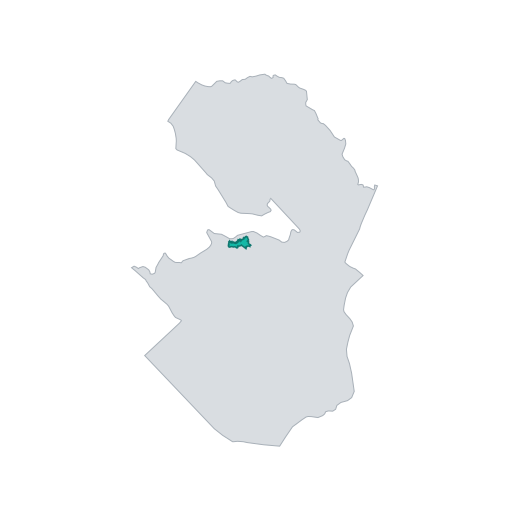 Chingola, Copperbelt, Zambia shown in context, rotated 317°
{"feature_id": "96606910B88567375078856", "entity_name": "Chingola", "entity_type": "district", "adm_level": 2, "iso_a3": "ZMB", "parent_name": "Zambia", "parent_adm1": "Copperbelt", "projection": "equal_earth", "projection_center": [27.798, -12.504], "detail": "fine", "context": "in_parent", "style": "filled", "palette": "teal", "viewbox_px": 512, "rotation_deg": 317, "n_neighbors": 0, "source": "geoboundaries", "source_scale": "gbopen_adm2", "svg_char_len": 7486}
<svg xmlns="http://www.w3.org/2000/svg" viewBox="0 0 512 512"><g transform="rotate(317 256 256)"><path d="M321.0,343.3L304.1,343.3L298.0,345.1L292.9,347.8L286.9,352.1L283.4,355.0L282.4,356.7L281.9,360.3L281.9,365.9L281.3,369.9L279.5,373.6L270.3,378.0L264.4,381.7L258.5,385.9L254.1,391.5L251.0,398.4L246.0,406.9L235.5,422.0L229.4,424.8L224.3,424.2L218.2,421.0L213.3,420.4L209.7,422.4L206.3,421.8L203.2,418.6L200.7,417.4L198.6,418.3L195.9,418.2L191.1,416.4L186.8,411.0L184.5,408.8L182.8,407.9L177.7,407.1L166.2,405.8L154.2,408.5L143.6,411.2L132.8,399.2L122.3,386.4L120.1,383.2L116.1,378.9L113.3,376.8L112.2,375.8L109.3,364.4L107.7,353.9L106.7,252.9L154.3,252.9L157.3,252.5L157.4,251.4L155.2,246.0L155.3,244.0L155.9,240.4L157.9,233.0L158.0,230.6L157.0,222.6L157.1,218.1L157.6,209.0L157.3,206.0L158.4,201.9L158.7,199.2L159.2,198.0L158.6,195.0L157.6,184.2L157.0,179.7L159.9,180.3L160.9,182.6L161.4,185.0L162.7,185.1L166.1,186.6L167.3,188.6L168.1,192.9L167.6,195.1L166.5,196.9L167.6,198.5L169.9,199.5L171.2,199.2L175.1,196.2L178.6,195.1L180.4,194.4L188.3,192.5L189.8,191.4L190.9,191.4L191.7,192.2L191.0,195.3L190.8,198.0L191.8,203.1L192.5,205.5L194.2,207.3L195.3,208.2L196.7,210.0L199.4,209.7L205.5,212.3L207.3,213.5L209.8,214.7L211.6,215.2L217.9,216.1L224.4,217.5L227.8,217.7L230.2,217.3L231.9,216.6L233.0,215.7L233.4,215.0L235.9,205.3L237.2,204.5L238.8,204.0L239.7,204.9L240.8,211.1L245.6,216.6L247.2,221.2L248.4,225.2L249.4,226.3L251.2,227.7L254.1,228.2L256.6,228.3L269.4,235.1L270.8,236.3L272.4,239.9L273.3,244.0L274.3,247.2L276.0,247.9L277.4,248.1L278.9,250.3L280.0,252.2L283.8,260.2L284.3,263.4L286.1,265.5L288.6,266.4L290.9,266.5L292.2,265.6L295.5,263.9L298.0,262.1L299.9,261.4L301.0,261.8L301.8,263.1L302.4,267.1L304.2,268.4L305.5,267.9L306.0,266.3L306.1,265.5L306.1,223.9L305.0,224.1L303.5,225.3L300.1,225.5L298.8,226.4L298.4,227.7L298.6,229.4L298.7,231.8L298.2,232.9L296.7,233.3L294.6,232.4L290.7,231.2L287.5,230.5L285.1,227.4L282.0,222.6L279.9,220.3L275.0,215.3L274.1,214.4L272.6,212.0L271.3,208.1L270.1,203.6L269.4,200.7L270.6,196.3L273.5,181.8L274.2,177.3L276.6,172.7L276.8,168.6L275.9,163.3L276.1,160.4L276.5,143.8L275.8,138.5L274.2,132.7L270.6,124.6L270.6,122.8L276.1,117.6L277.8,115.6L280.7,111.3L282.6,107.7L283.9,104.7L284.3,100.9L283.4,97.3L285.3,96.6L331.0,87.2L331.6,89.7L333.0,93.8L334.6,96.9L336.5,99.5L338.2,101.2L339.3,101.7L346.4,101.5L348.9,103.1L351.1,105.2L351.6,108.3L353.1,110.3L354.6,111.9L355.3,112.1L356.4,111.7L358.3,111.7L360.1,112.4L360.9,113.1L361.0,115.7L361.5,116.9L363.9,117.4L366.3,117.6L368.6,119.4L371.2,119.7L374.1,120.5L375.4,122.4L378.6,124.4L382.3,126.2L386.5,129.1L386.6,130.1L387.3,131.8L388.0,133.0L388.1,134.9L388.4,136.6L389.5,137.0L390.4,137.1L391.2,135.9L392.3,135.9L393.6,136.7L394.0,138.7L394.9,141.3L396.5,143.1L397.5,144.9L397.1,148.0L396.4,150.9L398.5,153.8L401.2,156.5L402.0,157.7L402.2,161.7L402.6,163.1L404.4,166.5L405.3,168.7L405.2,170.0L400.2,176.6L397.1,177.6L395.8,179.0L395.0,180.4L396.9,187.0L397.9,189.5L397.0,192.7L395.0,198.0L394.1,198.5L393.9,202.5L394.5,204.0L395.5,205.1L395.9,207.9L395.8,214.7L394.5,222.4L396.6,229.1L397.4,229.8L400.5,229.9L401.0,230.5L400.3,232.4L398.1,235.3L394.1,237.6L388.4,240.2L387.2,242.6L386.5,246.1L387.1,248.2L387.8,249.4L387.5,252.5L387.0,255.7L387.2,258.3L386.9,260.6L386.2,261.7L385.1,265.1L383.9,268.5L382.9,270.1L381.5,271.7L379.2,273.1L379.3,273.8L381.8,275.4L382.5,276.5L382.7,277.2L381.6,279.0L382.8,280.0L384.2,280.9L385.5,283.2L387.0,287.5L387.3,287.9L387.8,287.9L388.6,287.5L390.2,285.7L391.3,285.1L392.7,287.6L368.9,298.2L363.4,300.4L355.1,304.1L352.4,305.5L350.2,306.9L328.2,315.2L324.7,316.8L316.9,321.0L316.7,321.7L316.8,323.6L317.4,327.6L318.8,331.2L319.9,333.3L320.6,338.6L321.0,343.3Z" fill="#d9dde1" stroke="#a8b0b8" stroke-width="1"/><path d="M248.0,228.6L247.9,228.7L247.7,228.8L247.6,229.0L247.6,229.3L247.3,229.4L247.2,229.2L247.4,229.0L247.4,228.7L247.6,228.5L247.6,228.3L247.5,228.2L247.3,228.2L247.1,228.1L247.0,228.3L246.9,228.6L246.7,228.9L246.7,229.0L246.6,228.9L246.8,228.6L246.8,228.4L246.4,228.0L246.2,227.9L246.2,227.7L246.4,227.9L246.6,227.9L246.6,227.6L246.9,227.7L246.9,227.3L246.7,227.5L246.6,227.3L246.5,227.1L246.4,227.0L246.2,227.0L246.1,227.3L246.1,227.5L245.9,227.6L245.8,227.4L245.7,227.4L245.4,227.6L245.2,227.7L245.1,227.8L244.9,228.1L244.4,228.4L244.2,228.4L244.0,228.5L244.0,229.0L243.9,229.3L243.8,229.5L243.6,229.5L243.5,229.4L243.3,229.3L243.1,229.4L242.6,229.8L242.6,230.4L242.5,230.6L242.4,231.2L243.2,231.8L243.8,231.9L244.5,232.4L244.6,232.5L245.7,234.1L246.4,234.4L246.9,235.1L247.1,235.3L247.3,235.6L247.3,236.1L247.3,236.3L247.3,236.7L247.5,236.9L247.8,237.2L248.2,236.9L248.3,236.9L248.4,237.2L248.5,237.3L248.8,237.1L248.8,236.9L249.0,236.6L249.4,236.3L249.6,236.2L249.7,236.3L249.8,236.4L250.0,236.9L250.2,237.1L252.6,238.4L252.8,238.2L253.6,243.1L253.7,243.5L253.7,243.8L253.9,243.7L254.1,243.5L254.2,243.3L254.5,243.3L254.7,243.2L254.8,243.0L254.8,242.9L254.6,242.4L255.0,242.5L255.3,242.8L255.4,242.7L255.5,242.8L255.8,242.7L256.1,242.6L256.3,242.8L256.3,243.0L256.8,243.1L257.0,243.3L257.3,243.7L257.5,243.8L257.7,244.0L257.7,244.4L257.8,244.6L258.0,244.4L258.3,244.4L258.3,244.5L258.4,244.4L258.4,244.5L258.5,244.6L258.8,244.5L259.0,244.4L259.3,244.4L259.3,244.5L259.5,244.6L259.6,244.3L259.3,243.0L259.0,242.4L259.0,241.7L260.3,240.5L259.6,239.5L259.6,239.3L259.7,239.2L260.0,239.2L260.4,239.1L260.6,239.2L260.8,239.3L261.0,239.3L261.3,239.2L261.5,239.2L262.0,237.6L262.0,237.4L262.3,237.1L262.3,236.8L262.4,236.7L262.5,236.5L262.7,236.3L262.5,236.0L262.5,235.9L262.4,235.8L262.3,235.7L262.3,235.4L262.2,235.4L261.9,235.3L261.8,235.2L261.9,234.9L261.7,234.9L261.4,234.8L261.2,234.8L260.9,234.9L260.6,235.0L260.5,234.9L260.4,234.9L260.3,234.7L260.2,234.7L260.0,234.9L259.9,234.8L259.9,234.7L259.7,234.7L259.6,234.4L259.4,234.6L259.4,234.4L259.2,234.4L259.1,234.5L259.0,234.4L258.8,234.7L258.8,234.8L258.6,235.0L258.4,235.0L258.2,234.9L258.2,235.0L258.3,235.0L258.2,235.0L258.1,234.9L257.9,234.9L257.8,235.0L257.7,235.0L257.7,234.9L257.5,234.7L257.4,234.5L257.2,234.4L256.9,234.5L256.8,234.4L256.7,234.4L256.5,234.5L256.4,234.5L256.4,234.4L256.3,234.2L256.4,233.9L256.3,233.7L256.2,233.8L256.3,233.9L256.0,234.2L255.9,234.3L255.9,234.1L255.8,233.9L255.9,233.7L255.7,233.4L255.5,233.0L255.5,232.9L255.7,233.0L255.7,232.9L255.2,233.2L255.1,233.5L255.1,233.9L254.9,233.8L254.8,234.0L254.7,234.1L254.7,233.9L254.8,233.8L254.8,233.5L254.6,233.5L254.5,233.4L254.4,233.4L254.2,233.0L254.3,232.8L254.2,232.7L254.2,232.4L254.1,232.1L253.9,232.3L253.8,232.2L253.7,232.0L253.4,232.1L253.2,232.2L253.2,232.3L253.4,232.4L253.5,232.8L253.4,233.0L253.5,233.2L253.4,233.2L253.3,233.3L253.2,233.2L253.1,233.4L252.9,233.5L252.7,233.3L252.6,233.2L252.4,233.2L252.4,232.6L252.1,232.6L251.9,232.4L251.7,232.5L251.5,232.4L251.5,232.5L251.5,232.9L251.6,233.0L251.8,233.1L251.5,233.2L251.4,233.3L251.4,233.5L251.2,233.5L251.0,233.4L250.9,233.3L250.8,233.5L250.8,233.8L250.8,233.7L250.6,233.4L250.6,233.2L250.9,233.1L250.6,232.5L250.4,232.5L250.3,232.8L250.2,232.9L250.1,233.0L249.9,233.0L249.9,232.3L249.9,232.1L249.8,231.9L249.6,231.8L249.5,232.0L249.4,232.2L249.3,232.3L249.2,232.2L249.2,231.9L249.1,231.6L249.0,231.3L249.0,231.1L249.3,230.9L249.3,230.6L249.2,230.6L248.9,230.8L248.8,230.6L248.6,230.3L248.4,230.7L248.4,230.8L248.1,230.4L247.9,230.3L247.6,230.3L247.5,230.2L247.8,230.1L248.0,230.0L247.9,229.8L247.8,229.6L248.0,229.4L248.4,229.0L248.1,228.8L247.9,228.8L248.0,228.6Z" fill="#14b8a6" stroke="#0f766e" stroke-width="1.5"/></g></svg>